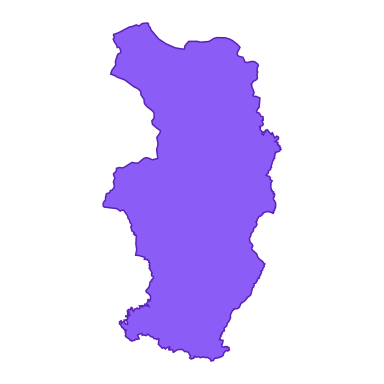 the district of Prachantakham, Prachin Buri, Thailand
{"feature_id": "78962969B79436242048830", "entity_name": "Prachantakham", "entity_type": "district", "adm_level": 2, "iso_a3": "THA", "parent_name": "Thailand", "parent_adm1": "Prachin Buri", "projection": "albers", "projection_center": [101.555, 14.221], "detail": "fine", "context": "isolated", "style": "filled", "palette": "violet", "viewbox_px": 384, "rotation_deg": 0, "n_neighbors": 0, "source": "geoboundaries", "source_scale": "gbopen_adm2", "svg_char_len": 6047}
<svg xmlns="http://www.w3.org/2000/svg" viewBox="0 0 384 384"><path d="M264.9,264.0L263.9,263.4L262.7,261.6L259.4,259.1L257.5,256.6L256.7,253.9L251.9,249.5L251.7,248.2L252.8,246.0L252.4,244.7L249.9,241.7L249.4,238.7L251.0,235.1L251.0,233.7L253.4,230.9L253.6,228.4L255.7,226.8L256.9,224.8L256.7,223.1L255.9,222.2L256.9,221.1L257.6,218.8L259.3,216.2L260.7,216.1L262.9,214.0L262.8,213.0L267.2,211.5L271.1,212.3L273.0,213.4L273.8,212.5L273.2,211.2L274.5,210.5L274.8,208.6L275.5,207.8L275.1,207.3L275.6,206.6L275.7,203.7L274.9,201.3L273.7,199.8L273.4,198.3L273.4,197.4L274.1,197.1L274.7,194.6L274.5,193.9L273.3,193.7L273.8,193.0L273.5,191.8L272.1,191.6L272.2,190.4L271.4,190.2L270.7,185.9L271.1,184.3L270.7,183.5L272.2,180.8L270.1,179.4L270.3,177.6L269.4,176.5L266.1,175.4L266.6,174.4L268.3,173.2L268.5,170.9L270.6,169.4L270.9,167.6L271.5,167.3L271.1,166.6L273.0,160.3L273.7,159.8L273.6,158.8L274.6,158.1L274.6,155.7L275.0,155.1L274.7,154.1L275.8,152.8L275.6,152.3L279.0,151.4L280.9,149.5L280.3,149.1L280.7,147.9L279.4,147.2L280.0,146.1L277.8,145.1L278.5,144.6L277.7,143.5L277.9,142.3L275.1,141.6L278.5,139.0L278.5,137.1L276.8,136.1L274.6,137.9L272.4,132.8L271.5,133.3L271.7,134.3L271.2,134.5L267.3,129.7L265.5,130.3L265.6,131.9L264.3,131.5L263.6,132.1L264.1,133.6L263.5,135.0L262.0,134.1L262.5,132.1L260.2,129.7L260.5,127.2L259.7,127.1L259.6,126.4L262.4,125.5L263.3,124.4L262.0,120.6L262.2,120.2L263.3,120.2L263.0,116.8L260.7,116.0L259.7,113.7L258.5,112.6L256.7,112.4L256.4,111.8L257.4,109.4L259.1,107.4L259.9,98.0L255.7,96.2L254.6,96.6L253.1,95.9L252.8,95.0L253.6,94.3L254.1,92.3L251.7,86.4L251.8,84.6L251.2,84.2L253.7,81.0L255.6,80.3L257.4,78.6L257.0,74.2L257.8,72.0L257.1,71.1L257.1,69.7L257.4,67.4L258.4,65.7L257.9,64.2L255.1,62.0L253.7,61.5L251.0,61.5L247.8,62.5L245.1,62.2L243.0,57.3L239.3,56.4L238.0,55.7L237.1,54.5L237.3,52.7L240.0,47.3L237.3,44.3L232.5,40.6L229.4,39.0L225.3,37.8L217.0,37.6L213.7,38.5L209.8,41.1L207.7,41.6L200.6,42.2L197.0,41.3L188.6,41.4L184.9,45.9L184.4,48.9L182.8,49.1L175.0,47.8L165.8,43.7L158.6,38.9L150.8,29.7L150.3,27.7L148.7,25.8L148.4,23.6L147.6,23.0L142.8,23.4L141.2,24.2L139.2,26.0L136.3,24.9L131.9,26.6L129.6,26.9L118.3,32.8L113.7,34.4L113.5,35.3L114.5,37.0L113.2,39.0L114.1,41.4L116.6,45.2L117.3,47.5L118.9,47.4L119.7,47.9L121.0,51.9L120.7,52.6L118.2,54.0L117.4,55.1L115.4,61.6L115.7,65.1L111.8,70.4L110.7,74.1L114.7,75.6L117.4,77.2L124.7,79.9L134.2,86.9L137.7,88.6L140.7,91.4L141.0,94.9L144.0,99.3L144.3,102.9L144.9,104.2L147.1,106.7L152.0,110.5L154.1,112.9L154.1,118.3L151.8,120.8L152.5,124.4L157.4,128.6L160.4,130.5L160.0,132.8L156.8,137.5L157.9,142.9L157.8,145.7L156.6,149.4L157.8,158.4L152.3,159.8L148.8,158.2L145.9,157.6L143.4,158.7L138.2,163.1L135.5,163.1L132.0,162.4L123.9,167.5L122.2,167.9L119.5,167.5L116.5,168.3L116.2,171.3L113.5,173.7L113.6,175.1L114.9,178.0L113.4,182.0L114.3,186.0L114.1,187.6L111.9,190.3L110.4,190.5L109.4,193.1L107.4,193.3L106.4,193.9L105.6,196.9L105.4,200.2L104.1,201.4L103.1,203.6L103.2,206.1L104.4,207.1L116.0,208.5L117.2,208.8L120.2,211.1L121.3,210.4L123.5,210.1L126.9,214.8L127.6,215.9L128.0,218.2L129.4,219.9L130.1,222.7L131.5,224.1L131.7,225.6L130.8,226.7L131.9,230.9L134.3,232.7L133.7,234.0L134.6,234.1L134.8,235.2L135.9,235.1L136.3,235.6L135.9,244.0L136.7,249.6L135.6,255.2L139.3,255.6L144.8,257.4L144.3,259.4L146.9,259.4L147.1,259.9L148.8,260.5L148.7,262.3L149.8,263.0L149.2,265.7L150.0,266.1L149.2,268.3L150.0,268.7L150.1,269.7L152.1,272.6L151.6,273.1L151.6,275.8L152.6,276.0L153.5,277.0L153.0,278.4L151.6,279.9L151.8,281.0L150.7,281.3L150.1,282.1L149.2,286.8L145.9,290.7L146.3,292.2L148.9,294.0L150.6,296.2L150.2,300.8L149.2,300.7L148.6,299.6L147.9,299.6L147.9,301.8L146.3,303.8L147.0,304.7L148.4,305.3L148.9,306.5L147.7,305.8L145.5,305.6L144.8,304.4L143.7,306.4L142.3,305.5L141.8,305.7L141.7,306.7L141.0,305.9L139.4,305.9L140.0,307.4L139.8,308.1L138.8,308.8L137.1,308.0L136.0,308.9L134.3,309.1L134.3,310.2L133.4,311.4L132.2,309.3L132.1,307.7L131.2,307.4L130.4,309.6L128.4,309.5L127.4,310.8L128.5,311.3L128.8,312.3L127.6,312.1L127.7,314.4L129.4,314.2L129.8,315.0L129.5,315.8L125.8,315.9L125.7,316.5L127.9,317.5L127.4,319.3L124.1,320.2L124.5,320.8L126.6,320.4L127.8,323.6L127.5,324.3L125.5,323.9L124.4,322.2L123.6,321.8L121.5,323.2L121.6,321.5L121.1,320.7L119.6,321.8L119.4,323.7L120.7,325.0L122.0,327.6L122.9,327.8L124.2,329.6L125.2,329.7L125.1,330.7L126.1,330.5L125.2,332.2L125.9,334.1L125.3,335.5L125.7,336.7L128.8,338.7L130.4,340.5L131.5,340.5L131.7,341.0L134.4,340.4L136.1,339.1L137.2,339.4L139.2,338.8L137.5,335.1L140.4,333.7L141.9,333.7L142.2,335.3L143.4,334.9L146.3,335.6L147.8,334.1L151.0,336.8L153.0,337.0L153.7,338.5L156.6,339.0L157.0,339.5L158.0,338.6L159.0,339.0L158.3,344.2L162.4,348.3L164.3,347.6L165.4,349.0L166.6,347.8L169.7,346.9L169.9,347.9L168.7,348.9L168.8,349.6L169.6,350.1L171.7,349.7L172.8,350.1L173.0,352.0L173.5,352.3L177.4,349.7L182.2,349.4L184.8,351.7L185.6,351.5L188.3,352.2L189.9,355.3L190.6,355.9L189.6,357.9L191.2,359.0L193.9,358.1L194.8,356.2L196.2,357.2L198.3,356.7L200.4,357.6L204.1,356.9L205.6,357.7L206.9,357.3L208.1,357.8L210.0,358.9L210.8,359.9L210.8,360.8L211.3,361.0L213.5,360.4L214.6,358.4L218.8,357.7L219.1,357.1L220.6,357.1L223.2,355.4L223.9,352.7L225.8,350.9L226.4,350.5L228.0,351.0L228.4,350.0L229.3,350.0L228.9,347.5L227.3,347.3L227.2,346.6L224.8,346.6L224.4,347.3L222.1,346.6L221.6,344.4L222.4,344.0L223.1,340.4L219.6,339.7L220.2,339.1L219.8,338.1L221.0,336.4L220.6,335.5L221.1,335.5L221.4,334.0L222.1,333.8L221.6,333.1L223.0,331.3L223.7,331.5L224.5,330.3L224.1,329.3L224.2,328.0L226.5,326.2L227.5,323.0L229.0,321.2L230.6,317.7L230.3,316.1L230.7,314.1L232.3,311.0L233.9,309.5L233.7,309.0L237.6,308.6L239.3,307.4L241.2,302.9L241.9,302.9L244.8,300.8L247.0,298.3L247.1,297.4L248.0,297.2L250.8,294.8L252.5,287.8L253.1,287.6L254.1,285.9L253.8,283.9L255.7,283.2L256.6,281.3L257.0,281.2L257.5,279.2L259.1,278.2L258.7,277.8L259.3,277.6L259.6,276.0L260.6,275.0L260.4,274.5L261.4,272.8L261.5,271.9L260.9,271.3L262.6,270.1L262.6,268.9L264.3,266.4L264.0,265.0L264.9,264.0Z" fill="#8b5cf6" stroke="#5b21b6" stroke-width="1.5"/></svg>